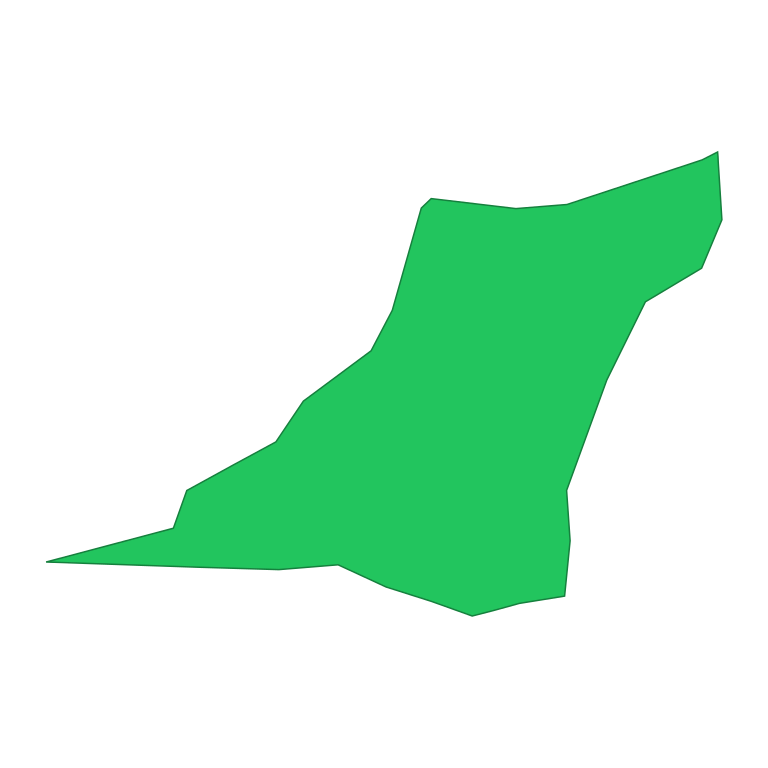 the border of Az Zawiyah
{"feature_id": "LBY-2975", "entity_name": "Az Zawiyah", "entity_type": "Municipality", "adm_level": 1, "iso_a3": "LBY", "parent_name": "Libya", "parent_adm1": "", "projection": "equal_earth", "projection_center": [12.658, 32.555], "detail": "fine", "context": "isolated", "style": "filled", "palette": "green", "viewbox_px": 768, "rotation_deg": 0, "n_neighbors": 0, "source": "natural_earth", "source_scale": "10m", "svg_char_len": 551}
<svg xmlns="http://www.w3.org/2000/svg" viewBox="0 0 768 768"><path d="M431.2,198.6L515.9,208.6L567.0,204.5L702.1,159.9L717.6,152.0L718.0,156.8L718.2,161.6L721.9,219.8L703.3,264.2L701.6,268.2L645.4,301.8L621.8,349.6L606.8,380.0L566.6,490.4L570.1,540.8L564.6,596.1L519.3,603.4L493.6,610.5L472.2,616.0L431.5,601.4L386.1,587.0L338.1,564.8L278.9,569.6L198.1,567.2L46.1,562.0L173.4,528.2L186.8,490.5L233.6,464.8L275.9,441.9L303.4,401.1L371.1,350.8L392.3,310.3L421.3,208.1L431.2,198.6L431.2,198.6Z" fill="#22c55e" stroke="#15803d" stroke-width="1.5"/></svg>